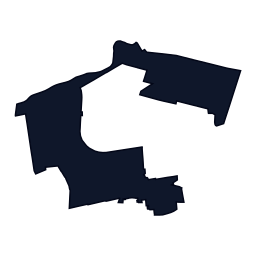 outline of Faurei, Braila, Romania
{"feature_id": "2599482B41579129284084", "entity_name": "Faurei", "entity_type": "district", "adm_level": 2, "iso_a3": "ROU", "parent_name": "Romania", "parent_adm1": "Braila", "projection": "robinson", "projection_center": [27.267, 45.105], "detail": "fine", "context": "isolated", "style": "filled", "palette": "ink", "viewbox_px": 256, "rotation_deg": 0, "n_neighbors": 0, "source": "geoboundaries", "source_scale": "gbopen_adm2", "svg_char_len": 3227}
<svg xmlns="http://www.w3.org/2000/svg" viewBox="0 0 256 256"><path d="M208.5,113.3L212.5,113.3L213.4,113.8L215.1,114.8L214.7,122.1L215.0,124.2L215.6,125.4L216.6,125.9L223.6,123.6L225.1,118.9L229.4,105.7L234.0,91.3L240.6,70.7L228.0,68.4L226.2,68.0L210.7,64.1L193.6,59.9L176.3,55.5L163.7,54.0L146.7,52.2L145.3,50.5L145.0,50.1L144.6,49.6L142.0,51.1L141.9,51.0L137.2,43.0L136.1,42.4L134.7,43.7L132.6,44.8L131.6,44.8L130.7,44.7L126.7,43.6L124.7,42.5L122.4,41.8L120.4,41.0L118.1,41.1L117.3,41.4L116.4,41.8L115.4,43.0L114.0,45.5L113.6,47.3L113.8,49.3L114.0,50.9L113.7,53.5L113.6,56.4L113.1,60.8L112.9,62.7L112.2,64.3L110.4,66.6L107.8,68.1L106.8,68.6L105.8,69.1L102.1,71.0L100.0,71.8L98.1,72.2L95.4,72.8L92.3,73.0L88.9,73.2L88.3,73.3L86.9,73.5L84.0,74.7L80.1,76.0L76.1,77.2L73.9,78.5L71.2,80.2L68.7,81.4L65.5,82.4L61.9,83.3L58.8,84.1L56.1,85.0L53.8,86.0L51.5,87.2L48.9,88.8L45.3,90.7L41.4,92.2L37.6,93.5L35.8,94.1L35.2,94.3L33.0,95.1L31.3,95.9L29.9,97.0L28.5,98.4L27.2,99.9L25.7,101.0L23.9,102.0L23.2,102.2L21.1,102.9L18.8,103.5L16.8,104.2L16.7,105.3L15.8,111.9L15.5,114.4L15.4,115.4L15.5,115.9L19.1,115.2L24.9,114.0L25.6,113.9L26.4,119.1L27.2,124.2L31.3,151.8L32.3,158.0L34.2,170.8L35.7,173.9L45.7,169.7L45.4,167.2L58.0,165.9L58.1,166.2L60.0,169.4L61.2,171.4L61.5,171.5L64.8,177.0L65.5,177.6L65.8,178.1L65.9,178.8L68.3,184.2L69.0,185.7L69.6,188.9L69.9,189.8L70.2,190.3L69.3,208.3L70.6,208.0L77.9,206.3L87.8,204.1L87.9,204.3L88.0,204.7L104.3,200.9L106.5,201.1L118.4,198.4L119.6,198.2L119.7,198.4L118.3,202.5L122.8,202.7L123.2,198.9L124.4,198.8L124.5,198.8L124.6,199.5L125.4,199.4L125.3,198.7L125.5,198.7L128.0,198.4L129.2,198.0L132.0,197.7L135.0,198.0L135.9,198.2L137.7,198.1L138.0,200.2L136.9,200.4L137.2,202.1L138.5,201.9L138.6,202.5L142.0,202.5L141.5,200.1L145.7,199.6L146.2,205.7L146.5,205.7L148.5,205.5L148.6,206.7L147.4,206.7L147.3,206.9L147.5,208.9L147.6,209.0L149.4,209.1L149.9,209.7L153.9,209.5L154.3,213.2L154.5,213.2L154.5,215.0L157.4,215.0L159.2,215.0L162.8,214.8L167.5,213.5L168.4,213.2L170.7,212.5L173.7,211.2L176.8,209.2L176.2,202.0L180.7,202.2L183.9,202.2L182.4,194.1L181.5,188.8L181.5,188.5L181.8,188.0L179.3,186.7L173.3,185.3L170.5,185.0L173.5,184.3L173.0,182.8L175.8,180.9L177.0,180.2L177.3,179.8L177.3,179.4L177.1,175.9L173.3,176.6L167.4,177.4L155.7,179.4L155.5,178.5L148.4,179.7L147.7,178.2L147.1,177.6L145.4,177.6L145.1,177.2L145.0,176.4L144.5,175.6L143.7,174.5L144.8,173.9L145.2,173.4L144.9,169.2L143.5,169.2L142.9,159.0L142.5,154.3L142.1,148.6L142.2,147.4L142.1,147.0L125.8,149.5L109.6,152.0L106.3,152.5L102.9,152.6L98.8,152.2L97.0,151.7L94.8,151.1L89.3,148.2L86.5,145.9L82.1,140.3L80.6,136.4L80.4,135.6L80.1,133.2L79.9,131.4L80.1,127.9L80.4,121.6L80.8,115.3L82.3,115.5L82.2,112.0L81.0,112.1L81.7,100.1L81.8,97.4L81.7,94.9L81.4,92.3L81.2,90.8L80.1,87.6L81.1,87.1L83.6,85.7L86.1,84.2L88.6,82.8L91.0,81.4L93.5,80.0L96.0,78.5L100.9,75.6L104.5,73.5L104.9,73.2L105.7,72.8L106.7,72.4L114.7,67.6L122.3,63.2L126.5,64.7L135.9,67.2L136.2,67.2L136.8,67.2L137.2,67.3L137.2,67.6L147.0,70.2L144.6,77.9L143.5,81.2L143.5,81.3L152.6,83.7L140.9,91.3L139.8,94.7L158.7,99.9L163.7,101.1L175.9,103.8L176.6,100.9L182.1,102.3L204.6,108.0L207.9,108.8L208.4,112.9L208.5,113.3Z" fill="#0f172a" stroke="#020617" stroke-width="1.5"/></svg>